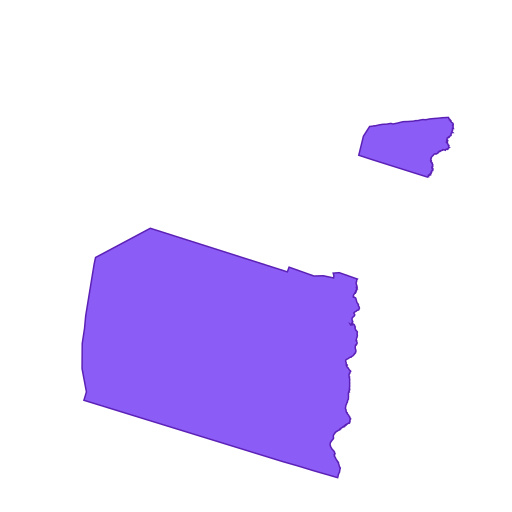 outline of Palauli le Falefa, Palauli, Samoa, rotated 287°
{"feature_id": "51752279B50623478209398", "entity_name": "Palauli le Falefa", "entity_type": "district", "adm_level": 2, "iso_a3": "WSM", "parent_name": "Samoa", "parent_adm1": "Palauli", "projection": "robinson", "projection_center": [-172.356, -13.707], "detail": "fine", "context": "isolated", "style": "filled", "palette": "violet", "viewbox_px": 512, "rotation_deg": 287, "n_neighbors": 0, "source": "geoboundaries", "source_scale": "gbopen_adm2", "svg_char_len": 6103}
<svg xmlns="http://www.w3.org/2000/svg" viewBox="0 0 512 512"><g transform="rotate(287 256 256)"><path d="M207.7,103.0L200.8,103.6L149.1,110.6L136.6,113.2L121.5,115.4L97.4,122.6L76.4,133.6L67.7,133.6L67.2,342.4L67.5,357.3L67.5,374.2L67.9,398.9L71.8,398.7L73.9,399.1L74.9,398.8L75.7,398.8L76.2,398.6L77.2,398.7L77.9,398.6L78.0,398.3L78.5,398.0L78.5,397.8L79.6,396.9L80.6,396.4L81.8,395.5L82.7,395.2L82.7,394.8L83.2,394.5L83.3,394.1L83.5,393.7L84.0,393.5L84.3,393.0L85.9,391.1L86.3,391.0L87.4,389.7L87.6,389.3L88.9,389.4L89.2,388.9L89.7,389.2L90.0,389.0L90.4,389.2L90.6,388.8L91.5,388.3L92.1,387.7L93.9,384.7L94.5,384.2L95.7,382.9L96.5,382.5L97.2,382.0L99.0,381.7L100.3,382.0L100.5,382.2L101.0,382.1L101.7,382.6L102.8,382.8L103.0,383.1L104.0,383.4L104.7,383.4L105.5,382.9L106.7,382.5L106.9,382.6L107.8,382.5L108.5,382.8L109.0,383.1L109.5,383.0L110.3,383.6L110.6,383.5L111.0,383.8L112.0,384.5L112.4,385.1L113.1,385.5L114.0,386.6L114.6,386.6L114.7,387.1L115.2,386.9L115.8,387.3L115.8,387.7L116.2,387.7L116.9,388.3L117.0,388.5L117.5,388.8L117.8,389.3L118.2,389.2L118.3,389.5L118.7,389.8L118.7,390.4L119.4,390.2L119.5,390.5L120.4,390.8L120.1,391.3L121.0,391.8L121.3,391.5L121.8,392.0L121.8,392.3L122.4,392.6L123.1,393.4L123.3,394.0L123.8,393.9L124.0,394.3L124.7,394.1L124.9,394.3L125.7,394.2L126.1,393.8L127.1,393.8L127.7,394.1L128.0,394.1L128.2,393.6L128.6,393.3L128.9,392.9L129.4,392.8L129.5,392.3L130.8,391.2L131.8,389.5L132.2,389.4L132.8,389.0L132.7,388.5L133.9,387.6L135.2,387.1L135.3,386.8L135.9,386.5L136.2,386.1L139.6,385.6L140.2,385.8L141.9,385.8L142.7,386.1L143.9,386.0L144.5,385.8L146.2,386.2L147.6,385.7L148.3,385.7L150.0,385.0L150.5,385.0L150.7,384.8L151.1,384.8L151.3,384.6L152.1,384.4L152.4,384.6L153.3,384.5L153.4,384.9L153.8,384.6L154.5,384.4L155.0,384.7L155.4,384.7L155.5,384.4L156.0,384.5L156.5,384.1L156.9,384.2L157.5,383.8L158.3,383.8L159.4,383.5L160.3,383.1L162.1,382.7L162.9,382.3L165.7,381.6L166.8,380.8L167.3,380.8L167.6,380.9L167.7,380.6L168.4,380.1L169.7,379.6L170.3,379.8L171.1,379.6L171.3,380.0L171.8,379.8L172.6,379.9L172.9,380.2L173.4,380.3L173.6,380.2L174.4,378.5L175.8,376.9L175.8,376.7L176.1,376.6L176.6,375.4L177.3,374.8L178.0,375.1L178.1,374.6L178.5,374.9L178.6,374.7L178.7,374.1L179.2,373.8L180.6,373.3L181.0,372.9L181.9,372.4L182.7,372.3L183.5,372.7L184.8,374.1L186.4,375.3L186.8,375.8L187.1,376.6L187.5,376.6L189.0,377.9L190.8,378.8L191.0,378.6L191.8,379.0L192.0,379.3L192.5,379.3L192.7,379.5L193.3,379.3L194.1,379.4L195.0,379.1L196.9,377.8L198.5,377.4L199.8,377.3L200.2,377.9L200.7,377.6L201.6,378.3L203.2,377.8L203.7,377.1L204.2,376.8L204.5,376.9L204.6,376.4L207.3,376.2L208.1,376.4L208.7,376.2L209.2,376.3L211.6,375.3L212.9,375.2L213.4,374.8L214.0,373.6L214.1,373.3L214.4,372.9L214.7,372.9L215.6,371.9L215.9,371.9L216.7,371.6L217.0,371.7L217.2,371.3L217.8,371.2L218.0,370.7L218.8,370.3L219.1,369.8L219.5,368.7L219.3,368.3L218.8,368.5L218.5,368.5L218.2,368.1L217.7,366.7L218.5,365.9L218.3,366.7L218.7,367.2L219.2,367.3L220.0,367.3L220.9,367.8L221.6,367.7L221.7,367.3L222.4,367.1L222.7,366.7L223.4,366.4L224.5,366.1L225.4,366.3L227.4,367.5L228.5,367.7L228.9,367.5L229.9,366.3L230.2,366.2L231.6,367.0L232.6,368.1L233.1,368.2L233.5,368.5L234.4,369.9L234.8,370.1L235.8,370.0L236.2,370.2L237.4,369.6L238.4,368.3L239.4,368.2L240.0,367.6L241.0,366.1L242.7,365.1L244.2,364.1L244.8,363.8L245.1,363.1L245.0,362.7L245.4,362.1L245.1,361.5L245.2,361.1L245.7,361.1L246.0,360.8L246.7,360.7L247.7,360.8L249.1,361.4L249.3,361.7L249.8,361.4L250.1,361.9L250.4,361.8L250.5,362.0L250.9,361.7L251.3,361.9L251.9,361.7L251.9,362.2L253.2,362.2L253.6,361.9L253.9,362.3L254.1,361.9L254.6,362.1L255.1,361.4L255.3,361.7L255.7,361.9L256.2,361.3L256.4,361.4L256.7,361.0L257.0,361.1L257.4,361.0L257.8,360.5L259.7,359.5L260.1,359.5L260.8,359.7L262.6,359.3L263.6,359.7L264.4,340.5L262.2,334.8L259.8,336.3L257.7,336.6L256.8,326.2L253.8,317.3L255.0,290.9L250.0,290.6L251.6,146.8L207.7,103.0ZM382.4,324.8L382.1,339.5L381.6,396.9L382.3,397.3L382.3,397.6L382.8,397.3L383.3,397.3L383.2,397.9L383.7,398.1L384.0,397.9L384.4,398.8L384.6,398.5L384.8,398.9L385.5,398.5L385.9,399.3L386.3,399.0L386.6,399.2L386.9,399.0L387.3,399.4L387.8,399.0L388.3,399.0L388.4,399.4L389.2,399.6L389.7,399.5L389.7,399.9L390.1,399.7L390.4,399.9L391.0,399.5L391.3,399.6L391.5,399.3L391.4,398.8L391.7,398.4L392.6,398.2L392.8,398.7L393.7,398.8L394.3,398.2L394.9,398.4L395.6,397.8L395.7,397.4L396.1,397.5L396.8,397.0L396.9,396.2L397.2,395.7L397.6,395.8L398.0,395.3L398.4,395.8L399.1,395.3L399.5,394.8L400.1,394.8L400.4,395.0L400.6,394.7L402.2,395.0L404.4,396.2L405.3,396.4L405.9,397.2L406.0,397.6L406.3,397.9L406.1,398.2L406.2,398.5L406.6,398.7L407.0,399.3L407.8,399.7L408.0,400.1L408.6,400.0L409.4,401.0L409.6,400.8L410.1,401.7L410.5,401.5L410.8,402.2L411.3,402.6L411.6,403.5L411.9,403.5L412.5,403.7L412.5,406.0L412.9,405.8L413.1,406.2L413.7,406.7L413.9,407.8L414.3,407.7L414.5,408.3L414.8,408.2L415.1,408.4L415.4,408.4L416.1,409.0L416.1,408.5L416.6,408.6L417.7,407.9L418.0,408.2L418.3,407.9L418.4,407.4L418.6,407.3L418.8,406.9L419.8,406.3L419.9,406.0L420.2,405.9L420.0,405.5L420.2,405.0L421.0,405.4L421.1,405.0L421.8,405.4L421.8,405.0L422.4,404.5L422.9,405.2L423.4,404.6L424.6,404.3L425.0,404.6L425.1,405.0L425.6,405.2L425.6,405.7L426.1,406.0L426.4,405.5L428.1,407.1L428.7,407.3L429.6,406.7L430.1,406.9L430.8,406.9L431.2,407.5L431.6,407.5L431.7,408.0L432.3,407.0L433.4,407.0L433.6,407.2L434.3,407.2L434.5,406.9L435.2,406.9L435.4,406.6L435.7,406.6L435.8,407.3L436.1,407.0L436.8,406.9L437.9,406.4L438.2,406.4L438.4,405.8L438.9,405.9L438.9,406.1L439.5,406.2L440.0,405.9L440.6,405.3L440.9,404.1L441.5,403.1L441.9,403.1L441.9,402.7L442.3,402.8L442.9,402.1L443.0,401.7L442.8,401.3L443.4,401.2L443.8,400.4L443.8,400.1L444.4,399.9L444.8,399.5L442.7,393.7L441.4,390.8L439.2,385.2L437.8,381.9L436.0,378.6L435.6,377.3L435.3,375.7L433.4,372.1L432.9,371.5L432.1,369.0L431.1,367.4L428.9,361.6L427.7,358.0L426.5,355.7L424.9,353.2L422.4,348.6L422.2,347.7L422.3,346.7L422.1,345.9L420.2,342.2L419.0,338.7L417.4,335.5L415.2,331.7L415.1,330.9L414.2,329.5L413.1,326.8L402.0,323.7L382.4,324.8Z" fill="#8b5cf6" stroke="#5b21b6" stroke-width="1.5"/></g></svg>